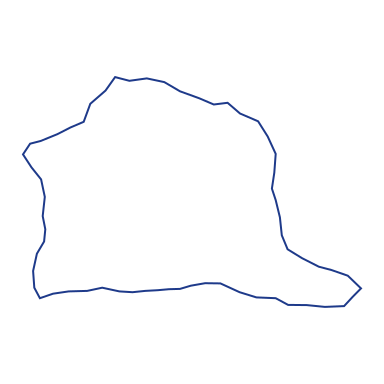 Mário Campos, Minas Gerais, Brazil (Mercator projection)
{"feature_id": "56859067B45501918730434", "entity_name": "Mário Campos", "entity_type": "district", "adm_level": 2, "iso_a3": "BRA", "parent_name": "Brazil", "parent_adm1": "Minas Gerais", "projection": "mercator", "projection_center": [-44.175, -20.074], "detail": "fine", "context": "isolated", "style": "outline", "palette": "blue", "viewbox_px": 384, "rotation_deg": 0, "n_neighbors": 0, "source": "geoboundaries", "source_scale": "gbopen_adm2", "svg_char_len": 855}
<svg xmlns="http://www.w3.org/2000/svg" viewBox="0 0 384 384"><path d="M90.3,103.8L83.7,121.8L70.4,127.5L57.3,134.2L40.6,141.0L30.1,143.7L23.0,154.4L31.5,167.4L41.1,179.4L44.8,196.9L42.7,216.1L45.3,229.3L44.1,241.5L36.9,253.7L33.1,271.0L34.3,287.7L39.9,298.2L53.0,293.7L68.7,291.4L87.2,290.9L102.2,287.7L119.4,291.4L132.5,292.2L145.1,290.9L157.8,290.2L169.0,289.2L180.0,288.9L190.8,285.7L205.1,283.2L220.4,283.4L239.6,292.2L256.4,297.4L275.7,298.2L288.1,304.9L306.8,305.1L324.9,306.9L344.1,306.1L352.8,296.7L361.0,288.4L347.8,275.7L331.4,270.0L318.8,266.7L302.1,258.2L287.6,249.3L281.8,235.3L279.9,217.3L275.7,200.1L271.9,188.6L274.3,172.7L275.7,153.9L267.7,136.5L258.1,121.3L240.0,113.5L227.6,102.8L213.8,104.5L199.3,98.3L180.0,91.3L164.3,82.1L146.8,78.4L129.4,80.8L115.1,77.1L105.5,90.6L90.3,103.8Z" fill="none" stroke="#1e3a8a" stroke-width="2"/></svg>